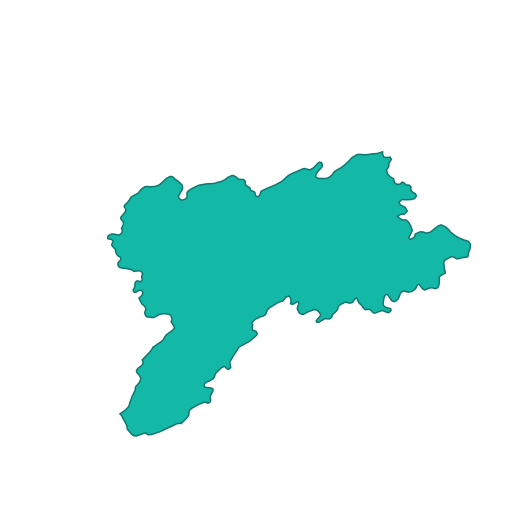 outline of Vileyka, Minsk, Belarus, rotated 152°
{"feature_id": "67162791B71807573158689", "entity_name": "Vileyka", "entity_type": "district", "adm_level": 2, "iso_a3": "BLR", "parent_name": "Belarus", "parent_adm1": "Minsk", "projection": "natural_earth1", "projection_center": [27.139, 54.501], "detail": "fine", "context": "isolated", "style": "filled", "palette": "teal", "viewbox_px": 512, "rotation_deg": 152, "n_neighbors": 0, "source": "geoboundaries", "source_scale": "gbopen_adm2", "svg_char_len": 6101}
<svg xmlns="http://www.w3.org/2000/svg" viewBox="0 0 512 512"><g transform="rotate(152 256 256)"><path d="M95.3,288.6L100.7,289.5L104.9,291.4L110.3,293.3L113.8,295.1L116.2,296.8L119.0,298.1L124.8,297.9L129.3,296.3L135.8,294.6L140.0,294.0L143.8,294.0L147.5,293.6L150.9,291.8L154.6,291.1L156.6,291.3L159.3,292.3L164.5,295.3L165.7,296.7L166.0,298.2L165.2,299.4L162.6,301.2L156.4,303.4L155.0,304.6L154.5,305.9L154.4,307.7L155.8,309.1L157.5,308.9L162.2,307.3L164.5,306.8L167.6,306.7L169.0,307.6L172.1,310.5L173.8,311.0L187.6,312.0L190.1,311.8L197.1,310.0L199.6,309.7L205.9,309.7L213.9,310.5L220.8,310.8L222.0,310.1L222.7,309.2L224.5,307.9L225.8,307.4L227.0,307.7L227.8,308.7L227.9,309.7L227.3,312.1L227.2,313.2L228.4,314.9L229.1,315.3L229.9,316.9L229.4,319.4L230.8,321.1L231.7,323.4L231.7,324.4L230.5,327.0L230.5,327.9L230.8,328.7L231.5,329.7L234.6,331.4L235.6,332.3L236.1,334.3L237.6,336.9L238.6,337.9L239.8,338.4L244.0,338.6L248.1,337.9L252.0,338.2L254.8,339.0L258.7,339.6L266.0,343.0L272.1,345.0L274.1,345.4L278.5,345.6L282.3,345.6L285.8,345.1L287.3,344.2L288.9,340.9L290.1,339.9L291.5,339.4L294.8,339.9L295.7,340.6L296.5,342.0L296.9,343.8L296.1,345.4L289.6,349.5L288.4,351.3L288.0,353.7L289.4,358.0L291.6,362.3L292.0,363.9L292.8,365.5L294.1,366.4L295.5,366.6L299.0,366.5L304.3,365.0L307.0,364.4L309.4,364.2L313.3,365.1L317.7,367.1L318.6,368.0L319.7,368.6L321.7,369.3L324.3,369.1L326.9,368.5L330.4,366.8L337.3,366.8L338.8,366.5L341.7,364.8L344.2,363.7L348.6,362.4L349.2,361.4L349.0,359.7L349.2,358.0L350.2,356.6L357.1,353.7L357.8,352.6L357.9,351.1L357.2,349.4L357.4,347.7L358.1,346.3L361.8,343.5L362.2,341.2L363.1,339.8L364.5,339.1L366.5,338.8L367.5,339.0L371.5,342.3L373.1,343.2L375.3,343.3L376.9,343.2L378.2,342.3L378.6,340.7L376.0,338.6L375.4,337.4L375.4,335.8L377.1,334.7L378.3,333.4L377.9,330.8L377.1,328.3L378.0,324.9L378.2,323.3L378.0,321.8L377.5,320.2L376.7,319.3L376.3,318.2L376.7,316.8L378.2,315.8L379.6,315.4L381.4,314.3L381.9,313.2L382.3,311.2L381.7,309.8L378.8,307.4L375.8,305.4L372.4,302.4L371.0,299.8L366.7,298.1L364.9,296.8L364.4,295.0L364.6,293.5L365.8,292.5L367.0,290.6L367.3,289.1L368.1,288.1L370.6,287.4L371.4,289.0L372.4,289.8L373.9,289.8L375.3,289.1L378.5,284.8L380.2,283.8L380.8,282.3L380.4,281.1L379.5,280.4L375.7,280.5L373.8,279.8L373.0,278.5L373.2,276.2L375.9,274.6L379.1,273.7L379.3,270.3L379.2,267.0L377.8,263.8L378.1,260.8L380.5,258.6L381.2,257.5L381.4,255.7L381.3,253.9L376.9,250.6L375.2,249.7L369.1,249.7L366.9,249.3L364.2,248.2L360.3,245.5L359.3,243.8L359.2,242.1L359.8,239.6L361.8,237.8L361.3,231.7L362.5,230.3L364.4,229.6L372.4,228.5L377.6,225.5L379.8,224.9L389.8,223.8L393.4,221.6L405.1,217.7L405.4,216.3L405.4,215.0L408.2,212.9L412.9,212.3L415.1,211.2L415.9,209.8L415.7,208.2L415.1,206.5L415.0,202.6L416.1,201.0L416.9,200.2L418.8,198.9L423.8,197.0L425.9,194.0L431.3,190.2L434.1,187.5L436.2,185.9L437.7,184.0L439.4,182.7L444.0,181.2L450.2,180.5L449.6,178.4L449.6,167.3L450.9,163.4L449.7,157.9L448.7,155.1L446.1,153.2L439.0,152.2L436.3,151.5L436.1,150.4L435.1,148.8L432.1,147.4L423.4,146.0L404.5,145.0L400.8,143.6L400.7,143.2L392.1,145.9L390.5,146.8L388.9,148.6L388.4,150.2L386.3,151.2L384.0,151.7L377.1,151.9L371.3,151.4L369.1,150.7L368.4,149.9L368.2,149.0L366.9,148.5L365.0,148.7L363.8,149.9L362.2,153.7L357.5,157.0L356.8,157.8L356.5,159.0L357.6,160.6L362.1,163.6L362.8,164.6L362.8,165.7L362.3,166.6L361.1,167.3L359.9,167.8L357.5,167.9L356.2,167.5L351.5,167.7L349.5,168.7L348.0,170.4L346.3,171.5L338.9,173.6L335.9,173.4L335.3,172.6L334.6,170.0L333.6,168.8L332.2,168.9L330.7,169.4L329.1,174.4L328.0,175.3L324.0,177.8L313.3,183.7L302.0,183.7L295.6,185.0L292.9,185.8L291.5,186.6L291.3,187.6L291.4,189.3L292.0,190.3L293.2,191.3L293.9,192.5L292.4,195.4L291.2,196.8L291.2,198.3L289.7,199.6L286.4,200.5L280.8,200.2L277.6,199.6L276.0,199.7L274.2,200.4L272.0,202.6L268.6,203.9L258.2,204.6L253.2,203.7L248.9,205.6L246.2,205.3L245.6,204.8L245.3,203.6L245.4,202.2L246.3,199.7L246.9,198.7L247.9,197.7L247.0,196.7L246.3,196.0L241.8,196.2L240.2,195.8L240.1,194.8L241.1,193.3L243.7,191.0L244.5,189.5L244.5,185.9L244.0,184.2L241.8,182.2L237.0,182.3L230.0,181.5L227.9,179.9L226.8,177.7L226.4,175.5L226.5,174.1L227.4,173.0L228.8,172.2L233.1,170.7L233.5,169.6L233.3,168.8L231.4,168.0L224.7,168.4L220.8,166.0L219.0,166.1L217.8,166.5L216.3,168.1L210.9,169.7L209.0,170.6L207.1,172.7L205.1,173.5L199.4,173.4L197.7,172.7L195.9,170.7L194.3,170.0L192.9,169.9L191.8,170.0L188.8,171.7L187.2,171.7L186.7,170.9L187.2,167.3L187.0,165.6L185.7,162.5L185.7,159.9L184.8,157.4L180.8,155.7L179.8,153.5L179.5,151.8L178.9,150.6L178.0,149.8L170.9,148.8L169.7,148.2L168.0,146.1L165.9,144.0L165.0,143.7L162.4,144.4L161.9,145.9L162.4,147.0L164.2,148.3L166.5,151.0L166.4,153.8L163.1,158.5L161.9,159.7L159.8,161.0L158.5,160.5L157.9,159.6L157.2,153.3L156.9,152.4L156.0,151.3L155.3,150.8L153.1,150.7L151.0,151.2L148.6,152.9L146.8,154.7L144.4,155.9L143.1,155.9L141.5,155.5L139.9,153.7L138.3,152.5L135.6,151.6L134.4,151.5L130.4,152.2L128.0,154.2L126.0,154.8L125.2,154.0L124.6,150.0L124.0,148.1L123.0,146.8L117.8,146.3L115.4,145.2L114.5,144.5L113.4,143.2L111.8,142.7L110.0,143.0L108.2,144.3L104.9,149.3L104.5,150.7L103.6,151.5L102.1,152.1L97.1,152.0L96.4,153.3L95.2,157.6L94.3,159.4L93.7,161.4L92.9,162.5L91.6,163.5L87.6,163.8L84.7,163.7L82.9,163.3L81.7,161.9L80.1,159.2L77.3,158.3L75.2,157.9L71.6,156.5L69.4,155.9L66.5,159.4L63.2,162.3L61.1,165.7L61.7,169.4L65.3,173.0L67.7,175.9L70.7,180.5L73.0,185.7L73.6,189.0L74.8,192.1L76.6,195.0L78.1,196.6L81.1,197.0L91.0,195.2L94.6,196.1L97.0,198.6L99.6,200.3L105.3,200.6L106.2,199.0L108.3,198.1L112.2,198.3L112.5,200.8L110.1,202.1L106.2,205.0L105.6,207.5L105.3,210.1L105.3,213.7L106.5,217.3L109.8,219.1L111.6,222.0L112.5,224.6L108.6,224.9L105.3,223.3L101.4,224.6L101.4,228.9L104.4,233.1L104.7,236.2L100.8,237.4L96.9,235.1L92.7,233.1L89.1,232.2L86.1,233.8L86.1,236.2L87.9,239.1L88.2,241.6L86.7,244.7L87.5,246.7L90.2,248.3L90.8,250.5L92.0,252.5L95.3,251.9L98.0,253.2L99.2,255.7L98.3,259.7L100.4,263.0L101.3,266.4L100.4,270.7L97.1,272.4L94.7,275.8L91.1,277.8L91.1,280.3L94.9,281.8L96.7,283.6L96.4,286.5L95.3,288.6Z" fill="#14b8a6" stroke="#0f766e" stroke-width="1.5"/></g></svg>